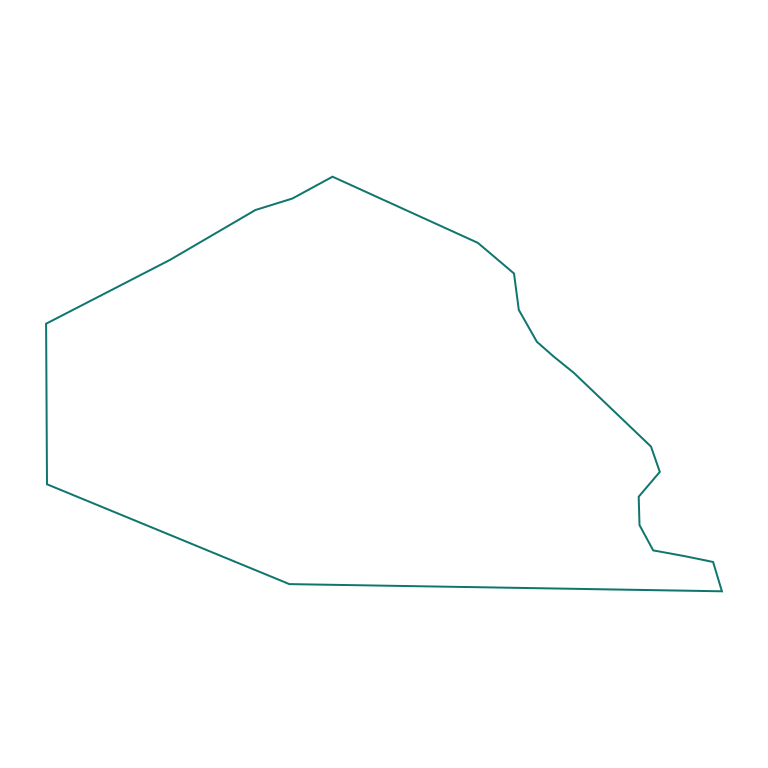 Cuitegi, Paraíba, Brazil (Albers equal-area conic projection)
{"feature_id": "56859067B86022496399521", "entity_name": "Cuitegi", "entity_type": "district", "adm_level": 2, "iso_a3": "BRA", "parent_name": "Brazil", "parent_adm1": "Paraíba", "projection": "albers", "projection_center": [-35.504, -6.895], "detail": "fine", "context": "isolated", "style": "outline", "palette": "teal", "viewbox_px": 768, "rotation_deg": 0, "n_neighbors": 0, "source": "geoboundaries", "source_scale": "gbopen_adm2", "svg_char_len": 389}
<svg xmlns="http://www.w3.org/2000/svg" viewBox="0 0 768 768"><path d="M721.9,591.3L713.1,562.0L684.9,556.2L653.2,550.4L639.5,525.1L638.7,496.7L659.8,471.9L651.0,446.6L573.9,372.9L553.6,356.5L536.9,341.8L518.8,309.9L514.0,273.5L477.9,242.9L332.5,176.7L292.4,198.5L255.4,210.0L170.3,259.7L46.1,323.7L47.0,484.3L289.3,584.1L721.9,591.3Z" fill="none" stroke="#0f766e" stroke-width="2"/></svg>